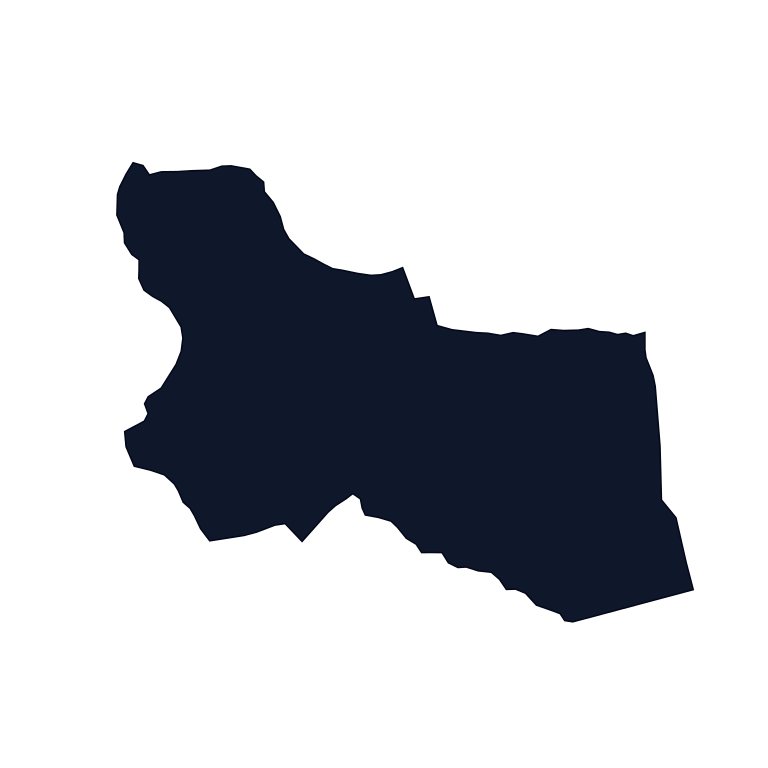 Mirador, Paraná, Brazil (orthographic projection), rotated 75°
{"feature_id": "56859067B94661520403732", "entity_name": "Mirador", "entity_type": "district", "adm_level": 2, "iso_a3": "BRA", "parent_name": "Brazil", "parent_adm1": "Paraná", "projection": "orthographic", "projection_center": [-52.761, -23.203], "detail": "fine", "context": "isolated", "style": "filled", "palette": "ink", "viewbox_px": 768, "rotation_deg": 75, "n_neighbors": 0, "source": "geoboundaries", "source_scale": "gbopen_adm2", "svg_char_len": 1694}
<svg xmlns="http://www.w3.org/2000/svg" viewBox="0 0 768 768"><g transform="rotate(75 384 384)"><path d="M105.3,569.1L114.4,578.7L125.0,588.1L132.0,592.4L151.7,598.3L170.6,595.9L180.5,598.1L193.6,594.1L200.6,588.4L210.1,591.0L218.7,593.6L231.3,591.5L239.6,584.7L246.5,577.5L254.7,571.4L276.4,565.2L287.6,566.4L299.9,571.4L311.3,579.8L330.3,600.3L335.3,615.1L341.1,620.4L351.6,619.5L357.8,625.1L362.8,646.8L377.8,649.4L398.8,646.5L406.6,632.2L414.9,619.7L426.3,612.4L433.8,610.3L446.4,608.5L453.8,603.5L462.1,601.2L476.4,598.6L490.4,592.9L494.1,558.4L494.1,545.5L492.1,525.8L493.3,515.6L514.9,503.9L493.4,471.3L488.9,462.3L485.0,450.3L481.8,442.6L488.9,436.5L498.2,437.2L505.7,436.0L511.4,424.0L518.3,412.7L525.9,408.1L538.8,402.4L547.1,394.4L556.6,391.3L559.0,381.9L561.9,371.6L573.4,368.1L580.4,360.1L582.1,351.9L588.9,341.3L593.6,329.1L602.6,323.0L614.1,319.0L616.2,310.0L622.7,301.5L637.1,294.0L645.0,282.3L651.4,273.3L659.3,270.7L662.6,263.2L662.7,138.5L634.7,138.3L588.7,136.6L567.8,146.0L515.2,133.4L456.5,122.6L445.4,121.9L426.5,124.1L418.5,123.1L401.7,118.6L401.9,130.8L397.5,137.4L396.7,145.6L392.3,153.0L389.1,162.4L383.3,172.4L382.3,182.1L378.8,196.7L374.6,208.6L377.8,222.9L371.4,237.1L367.8,246.0L367.3,258.6L361.8,270.6L358.2,281.7L349.2,304.2L341.3,317.6L311.4,317.9L309.7,332.7L276.4,335.9L277.7,346.7L277.7,358.7L275.7,368.4L270.3,381.0L263.3,394.9L259.3,403.8L251.9,412.1L245.3,418.9L237.5,428.0L228.1,433.2L219.0,438.3L208.7,440.9L195.3,440.9L179.9,444.0L167.3,449.8L157.8,448.0L149.7,453.8L141.8,458.0L133.7,475.2L131.6,484.3L132.4,496.8L128.3,514.2L125.4,528.5L121.4,544.2L121.3,556.5L110.7,560.2L105.3,569.1Z" fill="#0f172a" stroke="#020617" stroke-width="1.5"/></g></svg>